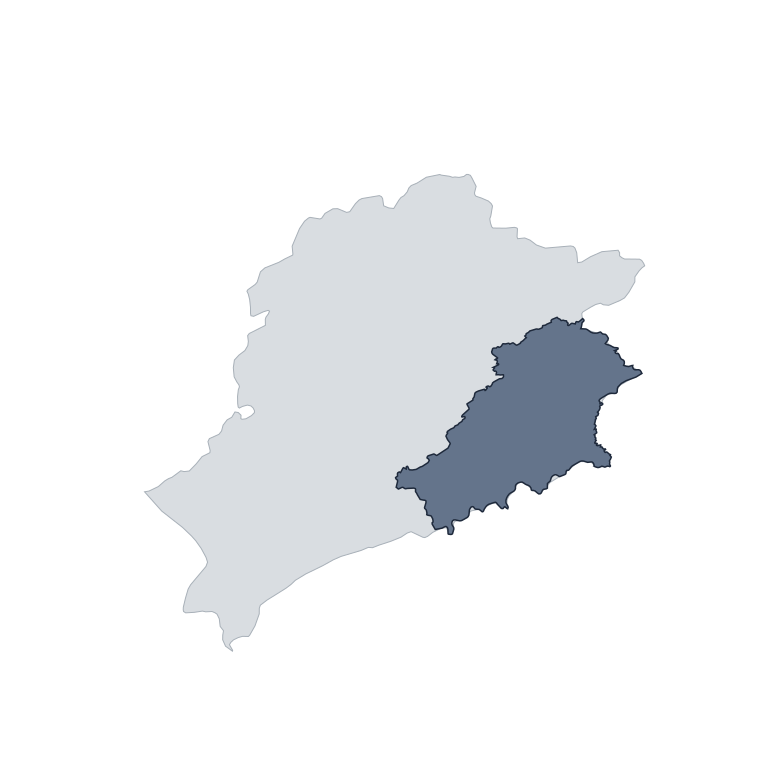 Gomel on a map of Belarus (Equal Earth projection), rotated 331°
{"feature_id": "BLR-2339", "entity_name": "Gomel", "entity_type": "Region", "adm_level": 1, "iso_a3": "BLR", "parent_name": "Belarus", "parent_adm1": "", "projection": "equal_earth", "projection_center": [29.578, 52.294], "detail": "fine", "context": "in_parent", "style": "filled", "palette": "slate", "viewbox_px": 768, "rotation_deg": 331, "n_neighbors": 0, "source": "natural_earth", "source_scale": "10m", "svg_char_len": 9806}
<svg xmlns="http://www.w3.org/2000/svg" viewBox="0 0 768 768"><g transform="rotate(331 384 384)"><path d="M614.7,499.8L603.2,499.3L589.5,499.5L581.9,503.7L573.5,501.6L567.6,504.0L554.1,515.4L548.9,521.6L543.9,531.1L540.9,538.2L542.6,543.1L545.1,547.7L545.7,552.7L547.0,556.6L543.7,559.4L541.7,563.5L536.0,562.8L528.9,558.9L527.4,553.2L522.0,549.3L518.4,547.2L512.5,546.9L503.2,548.8L490.9,550.2L481.6,550.6L476.6,552.6L469.1,554.5L466.2,552.2L462.1,545.8L458.7,539.4L456.4,536.6L454.4,535.8L451.9,536.0L449.0,538.0L446.9,540.1L439.1,542.5L435.7,544.8L431.9,550.6L429.4,550.2L426.9,548.9L423.9,542.3L419.9,540.8L413.4,540.7L405.4,539.3L398.9,537.3L396.5,537.8L392.6,540.6L388.4,541.0L379.2,538.5L377.4,539.6L372.0,546.9L369.5,547.2L368.1,546.3L369.0,540.0L363.7,537.8L354.7,537.4L348.3,538.4L345.2,538.1L343.7,536.9L336.1,526.3L332.0,525.6L324.7,526.2L313.9,524.9L301.5,522.5L294.6,521.6L291.1,519.3L283.5,518.5L263.0,514.0L254.6,513.2L242.2,513.2L223.4,512.2L211.3,512.7L205.6,514.2L199.1,515.1L176.7,516.3L168.6,517.5L166.2,519.7L163.4,524.6L153.9,533.0L144.7,538.6L143.0,539.1L137.9,536.1L133.5,535.1L128.4,534.8L124.8,535.7L122.4,537.1L122.5,543.6L121.9,544.2L118.3,536.5L118.9,529.5L121.2,525.5L124.0,522.0L123.2,516.6L126.1,509.5L126.4,504.4L125.3,502.2L123.3,499.6L117.6,496.8L115.1,494.6L107.3,491.7L99.6,488.0L98.4,485.8L98.9,484.2L100.3,481.9L106.6,475.0L113.3,468.4L117.6,465.8L139.8,457.3L143.3,454.3L144.3,449.3L144.4,439.2L143.4,430.0L142.0,423.7L138.3,411.8L128.0,387.4L122.3,362.2L126.6,363.7L136.9,364.3L145.2,362.5L149.5,362.3L153.3,362.8L164.2,361.4L166.7,363.7L171.5,365.7L181.1,362.8L189.7,359.3L198.4,359.7L199.7,357.9L202.1,349.0L204.8,347.1L215.2,348.0L219.1,346.4L223.3,342.0L229.5,339.3L234.7,339.3L240.1,336.2L242.7,338.3L243.8,342.0L242.0,344.9L242.7,346.0L246.4,347.5L252.7,347.4L256.8,346.2L257.8,344.5L257.9,341.5L257.0,338.7L254.3,336.2L249.3,335.0L245.8,334.9L245.3,333.4L246.6,330.1L249.8,324.0L253.8,318.4L256.2,316.4L256.7,314.4L256.3,311.1L256.4,305.1L260.1,296.7L264.8,290.5L271.1,288.4L278.6,287.3L283.5,284.4L286.0,281.0L288.2,275.6L290.6,274.5L308.7,275.2L311.6,269.8L313.2,268.3L316.7,266.7L319.2,264.8L318.3,263.4L313.7,262.4L302.8,261.6L300.7,259.8L301.4,257.7L304.4,252.2L307.4,245.1L308.9,239.6L309.1,236.4L310.7,235.5L319.6,234.5L322.5,233.4L330.3,226.0L336.1,224.7L351.0,226.6L357.9,226.5L366.6,227.0L367.3,226.2L370.5,218.9L385.5,207.1L393.4,203.1L398.4,202.2L400.1,202.4L408.0,208.6L409.8,208.8L415.1,206.2L424.2,206.0L428.5,208.2L434.5,215.8L437.6,216.7L446.5,212.4L451.4,211.0L454.6,211.1L471.3,217.0L472.6,218.9L472.7,221.1L470.1,228.0L473.5,232.3L477.6,235.2L486.2,230.4L489.3,229.1L492.8,229.0L497.5,227.2L500.8,224.6L504.0,223.6L510.2,224.3L521.3,223.7L534.3,227.8L535.4,229.1L541.9,234.0L544.2,236.5L546.4,237.3L549.8,239.7L554.5,241.2L557.7,240.7L559.2,241.5L560.7,243.4L560.8,246.6L560.4,255.8L555.8,260.7L555.2,262.4L555.5,264.4L559.2,268.4L564.0,274.6L565.2,278.2L565.2,280.9L558.8,288.9L556.6,290.8L555.2,294.7L554.4,298.7L554.9,300.4L565.9,306.7L574.0,310.2L575.8,311.9L576.0,312.9L571.7,319.8L571.3,321.7L577.9,324.5L581.5,329.0L584.7,336.3L591.0,343.4L614.1,353.7L616.2,355.5L616.9,357.7L616.2,362.6L612.2,371.8L616.1,373.2L626.3,372.8L638.7,373.9L653.6,380.5L653.7,383.4L652.2,386.1L653.3,388.9L655.0,391.3L668.0,398.7L669.3,400.8L669.6,404.4L669.3,407.0L665.7,407.5L661.8,408.8L655.4,411.9L652.9,416.3L642.6,422.5L636.1,425.3L631.0,425.4L618.7,424.1L614.3,421.1L612.5,418.3L607.7,417.1L601.5,417.0L592.8,417.4L591.1,418.3L589.7,421.7L586.1,427.5L583.5,430.8L594.6,442.4L600.2,447.2L602.0,450.1L602.0,452.2L599.4,454.7L599.8,459.6L605.3,466.2L603.5,467.2L603.1,475.2L603.2,483.8L604.7,485.9L607.7,487.6L610.1,490.7L614.3,497.9L614.7,499.8Z" fill="#d9dde1" stroke="#a8b0b8" stroke-width="1"/><path d="M607.8,500.1L597.3,498.5L591.8,498.6L587.0,500.1L585.8,501.3L584.0,504.1L582.5,504.6L581.1,504.1L578.3,502.3L576.8,501.6L574.5,501.4L566.3,501.8L564.8,502.2L563.9,503.0L564.2,504.3L563.4,505.8L565.2,505.9L565.8,507.0L565.3,507.9L563.7,508.0L563.3,507.6L562.6,507.6L561.6,508.4L561.5,509.5L560.3,510.7L558.7,511.6L557.0,512.1L557.1,512.8L557.4,513.1L557.4,513.7L556.1,515.0L555.6,515.2L553.3,515.2L552.9,517.1L551.6,517.6L551.0,518.6L548.5,521.2L549.0,522.2L549.1,523.4L545.9,525.6L547.6,526.1L547.6,526.7L546.9,527.3L546.7,529.1L546.4,529.8L543.1,530.3L543.4,531.3L542.7,532.9L543.1,534.0L541.9,535.1L542.3,536.1L541.5,536.4L539.8,537.6L539.8,538.2L541.5,539.2L541.5,539.7L540.2,540.3L540.2,540.8L540.9,541.5L544.0,542.3L543.5,543.2L542.7,543.9L544.1,544.8L544.3,545.4L544.0,546.0L544.3,546.9L544.8,547.5L546.1,548.1L546.1,548.6L544.6,548.7L544.1,549.2L544.0,550.2L544.3,551.1L545.4,551.3L546.1,551.8L547.0,554.4L547.7,555.3L547.8,555.7L547.0,555.9L547.4,558.1L545.7,559.5L543.8,560.6L543.7,561.7L542.4,563.4L542.4,565.2L542.1,565.7L541.4,565.8L541.0,565.1L539.5,564.1L536.9,563.8L535.5,562.2L534.6,561.5L532.0,561.3L531.0,561.0L530.2,560.5L528.4,558.6L527.9,557.7L528.1,557.7L528.7,555.5L528.6,554.1L528.1,553.0L527.3,552.5L524.2,551.3L521.1,548.1L519.4,547.1L517.7,546.7L509.2,546.9L507.8,547.2L504.1,548.8L503.4,548.8L502.4,548.3L501.8,548.2L501.0,548.7L500.0,550.1L499.4,550.7L498.3,550.9L492.8,550.2L492.1,549.3L491.5,548.2L490.5,546.8L489.5,546.2L488.1,546.1L486.8,546.2L485.6,546.6L484.3,547.5L482.5,549.4L478.7,550.3L476.4,554.3L475.2,554.4L472.5,553.5L471.1,553.8L468.8,555.5L467.5,555.8L466.1,555.2L465.4,553.8L464.2,550.7L463.0,549.5L461.9,548.9L461.5,548.1L462.1,546.1L461.9,544.1L461.2,542.8L459.2,540.4L457.9,537.7L457.2,536.7L455.7,536.0L453.3,535.5L450.8,535.9L449.6,536.8L448.2,539.3L447.0,540.2L445.5,540.7L441.7,540.7L440.0,541.0L438.0,541.9L436.1,543.1L434.4,544.7L433.2,546.8L433.0,548.1L433.1,551.0L432.8,552.1L431.7,553.1L431.1,552.3L430.2,549.9L429.5,549.9L427.8,550.6L426.8,550.2L426.2,549.4L424.9,544.1L424.8,542.5L424.2,541.5L422.7,541.0L417.3,540.0L415.6,540.1L414.1,540.5L411.0,542.1L409.5,543.3L408.7,543.6L407.9,543.4L406.5,539.9L403.4,537.8L402.9,536.9L402.8,535.6L402.6,534.8L401.7,534.0L400.5,533.9L399.1,534.5L397.8,535.4L394.7,539.8L393.2,540.8L392.0,541.1L386.1,541.1L385.0,540.9L383.9,540.4L380.3,537.3L379.0,536.7L377.6,536.9L376.4,537.8L375.6,539.0L375.2,540.6L375.4,543.2L374.8,544.7L371.3,548.2L370.4,548.3L369.5,548.0L367.7,546.7L367.4,546.1L369.4,542.2L369.9,540.3L369.2,538.7L368.2,538.3L364.8,538.2L358.3,536.1L358.2,529.9L358.8,528.7L359.9,528.5L360.5,527.6L361.2,525.6L361.3,523.4L361.2,522.2L360.9,521.8L358.7,520.0L358.0,519.0L359.0,517.7L359.8,515.0L359.8,514.1L359.3,512.6L359.5,511.8L363.1,508.2L363.6,507.5L364.0,506.4L363.4,505.5L362.0,504.5L359.7,502.5L359.5,497.2L359.6,495.2L359.4,493.6L359.6,492.9L360.4,491.9L360.7,490.7L359.6,489.5L353.7,486.6L352.1,486.1L351.4,485.4L350.5,483.6L350.0,483.3L349.4,483.1L345.8,482.9L345.1,481.8L345.0,480.7L344.6,480.2L348.5,476.0L349.2,474.7L348.5,472.9L348.6,471.7L348.8,471.4L351.2,471.1L352.3,468.9L353.1,468.3L354.7,468.3L355.5,469.5L359.7,466.8L360.2,466.7L360.6,466.7L362.2,469.1L363.2,467.4L363.6,467.2L364.4,467.2L364.7,467.7L364.5,470.8L364.8,471.5L367.0,472.9L370.8,474.3L375.5,474.2L377.5,474.6L384.2,474.1L384.9,473.8L386.6,472.7L386.5,471.0L385.8,469.7L385.9,469.3L386.8,468.5L387.8,468.2L393.5,469.3L394.0,469.7L395.3,471.9L395.8,472.1L408.9,471.1L413.0,468.3L413.1,467.2L412.6,463.5L412.9,459.7L413.8,458.9L415.7,458.0L415.9,457.7L415.6,457.1L416.5,456.2L420.5,455.8L423.9,456.1L425.9,455.1L428.8,455.5L430.7,454.7L434.0,454.5L435.5,453.4L437.9,453.3L438.8,452.4L438.8,451.6L436.5,450.8L436.1,450.4L436.4,449.9L437.7,449.2L446.2,447.2L446.7,446.1L446.7,442.2L447.0,441.6L453.9,441.2L454.7,439.9L456.6,439.0L458.8,436.4L459.5,435.9L460.8,435.7L463.3,435.9L469.1,437.2L469.4,437.5L469.2,438.6L469.7,438.8L472.3,437.7L472.4,437.2L471.7,436.5L471.9,436.1L472.3,435.9L474.1,436.2L475.3,437.7L476.1,437.8L478.3,436.8L479.5,435.7L481.1,435.4L487.5,435.4L489.9,436.4L491.5,436.0L492.1,435.5L492.9,433.9L492.6,433.6L490.1,432.5L488.5,431.3L486.5,430.3L486.7,429.9L488.1,428.4L488.2,427.6L487.9,426.8L486.8,426.4L486.2,424.7L486.4,424.4L488.5,423.5L488.5,423.2L487.6,422.4L493.3,422.7L493.9,422.3L493.9,421.8L492.3,420.9L493.9,419.6L494.3,418.1L492.8,416.6L493.6,416.4L495.5,416.6L495.9,416.4L496.0,416.2L493.6,410.8L493.4,409.7L493.6,408.5L494.0,407.7L495.0,407.0L495.7,406.1L496.5,405.7L497.4,405.8L499.6,407.0L500.9,406.6L501.6,406.6L502.1,407.0L502.2,407.6L503.0,408.0L505.0,407.8L507.2,406.5L508.0,406.7L509.6,407.8L512.6,408.7L513.0,409.0L513.3,410.1L516.4,410.4L517.0,410.8L518.6,414.2L519.6,414.5L523.1,414.5L523.6,413.8L526.7,413.5L529.8,412.6L530.9,412.5L530.4,410.3L531.9,410.0L532.8,408.9L535.3,408.9L537.3,408.3L543.8,409.7L544.7,410.2L545.2,410.8L546.4,411.2L549.5,411.5L550.0,411.2L550.7,410.2L551.2,409.9L553.8,410.8L555.3,410.6L560.3,411.1L560.6,410.1L561.0,409.4L562.3,409.0L567.7,409.6L568.2,411.3L569.2,412.4L569.7,414.4L571.7,415.1L572.5,416.0L574.2,417.3L574.0,418.8L574.5,420.0L574.2,420.5L573.2,421.4L573.2,421.8L573.6,422.2L574.5,422.4L577.0,421.9L577.8,422.0L580.5,424.2L581.5,423.1L582.0,422.8L582.7,422.8L584.1,424.0L585.6,423.9L589.5,423.1L589.9,424.7L589.7,425.4L589.1,425.9L587.0,426.4L584.1,430.0L582.8,431.0L587.3,433.8L588.3,435.2L590.0,438.9L591.3,440.5L593.1,441.8L595.1,442.8L598.4,443.4L598.8,444.0L599.0,444.9L599.5,446.2L601.8,448.0L602.3,449.5L602.4,452.7L601.1,454.2L597.1,455.9L597.7,457.1L600.4,459.8L602.3,462.9L603.1,463.8L605.3,465.2L606.1,466.0L605.8,466.8L605.0,466.9L601.9,466.6L602.9,467.8L601.9,468.1L601.4,468.7L601.6,469.5L602.3,470.2L603.7,471.0L603.8,472.8L603.5,475.0L603.5,477.0L605.0,479.3L605.1,480.6L604.7,481.6L604.1,482.6L602.6,483.9L604.5,485.9L606.5,487.4L609.7,488.0L610.6,488.4L610.0,489.0L609.6,490.0L609.5,491.1L609.7,492.2L610.1,492.9L610.7,493.4L613.7,495.0L614.6,496.1L614.8,497.6L614.7,499.8L607.8,500.1Z" fill="#64748b" stroke="#1e293b" stroke-width="1.5"/></g></svg>